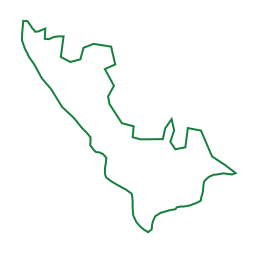 Akkurgan, Tashkent, Uzbekistan (Albers equal-area conic projection), rotated 272°
{"feature_id": "79887680B10165721529704", "entity_name": "Akkurgan", "entity_type": "district", "adm_level": 2, "iso_a3": "UZB", "parent_name": "Uzbekistan", "parent_adm1": "Tashkent", "projection": "albers", "projection_center": [69.03, 40.803], "detail": "fine", "context": "isolated", "style": "outline", "palette": "green", "viewbox_px": 256, "rotation_deg": 272, "n_neighbors": 0, "source": "geoboundaries", "source_scale": "gbopen_adm2", "svg_char_len": 1376}
<svg xmlns="http://www.w3.org/2000/svg" viewBox="0 0 256 256"><g transform="rotate(272 128 128)"><path d="M174.7,40.1L164.2,49.8L146.7,61.4L136.2,73.5L126.4,82.0L121.6,87.1L117.4,90.9L109.4,90.9L104.7,94.7L102.8,96.9L102.7,100.0L101.1,104.0L97.4,107.4L92.5,107.1L87.1,106.4L81.8,106.5L78.1,107.7L75.7,110.7L73.3,114.6L69.3,122.1L66.3,128.2L62.5,133.9L59.7,134.6L54.8,135.2L48.5,135.4L40.9,136.3L34.5,139.5L30.7,142.9L27.4,146.8L24.6,151.7L27.5,155.2L32.7,155.5L36.5,156.5L40.9,158.4L44.4,163.7L45.6,167.4L47.5,173.3L48.4,178.1L50.5,179.6L51.4,183.8L51.5,186.6L52.8,192.8L53.8,194.9L55.3,198.6L57.8,203.2L61.1,203.6L64.4,204.6L66.6,205.0L73.5,205.4L77.0,205.9L79.4,207.7L82.0,210.6L84.3,215.2L84.4,216.9L85.1,220.8L85.7,223.7L86.0,224.8L85.2,233.7L86.7,237.1L94.2,226.6L102.5,213.0L128.0,201.0L130.0,187.8L110.7,186.0L108.4,176.0L115.6,170.8L127.2,174.2L138.4,171.3L129.0,165.2L118.1,163.2L117.1,141.3L118.9,133.0L129.9,133.6L132.6,121.7L151.2,108.7L158.9,107.0L169.7,112.5L186.1,102.8L191.1,113.0L208.7,108.3L210.9,90.8L206.6,80.7L194.9,78.0L192.0,68.0L196.6,58.4L217.3,60.4L217.1,55.0L216.4,50.9L214.4,46.7L214.0,45.8L214.1,44.0L214.2,41.7L223.2,41.8L224.5,41.9L221.3,34.9L221.0,31.7L222.4,30.9L224.3,28.8L225.7,28.0L228.0,26.3L231.3,23.8L231.4,19.6L218.7,18.9L211.9,19.0L203.9,22.1L194.8,27.1L188.5,32.0L174.7,40.1Z" fill="none" stroke="#15803d" stroke-width="2"/></g></svg>